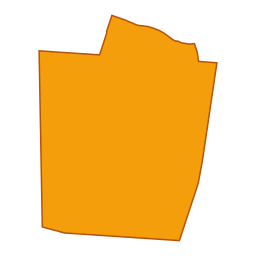 Santa Inés Yatzeche, Oaxaca, Mexico (orthographic projection)
{"feature_id": "50627088B94233573248712", "entity_name": "Santa Inés Yatzeche", "entity_type": "district", "adm_level": 2, "iso_a3": "MEX", "parent_name": "Mexico", "parent_adm1": "Oaxaca", "projection": "orthographic", "projection_center": [-96.757, 16.806], "detail": "fine", "context": "isolated", "style": "filled", "palette": "amber", "viewbox_px": 256, "rotation_deg": 0, "n_neighbors": 0, "source": "geoboundaries", "source_scale": "gbopen_adm2", "svg_char_len": 451}
<svg xmlns="http://www.w3.org/2000/svg" viewBox="0 0 256 256"><path d="M216.9,62.8L198.6,61.4L197.2,52.2L194.4,43.6L189.4,44.1L181.7,42.9L177.2,40.9L175.9,41.3L175.4,40.9L173.4,40.1L169.8,37.4L164.4,33.4L159.5,30.6L154.6,28.6L147.8,26.5L137.3,25.2L125.1,20.0L111.9,15.4L106.6,31.3L106.7,33.1L99.6,54.9L57.6,52.1L39.1,50.8L42.3,227.0L64.7,233.0L179.4,240.6L198.2,183.4L202.3,161.4L216.9,62.8Z" fill="#f59e0b" stroke="#b45309" stroke-width="1.5"/></svg>